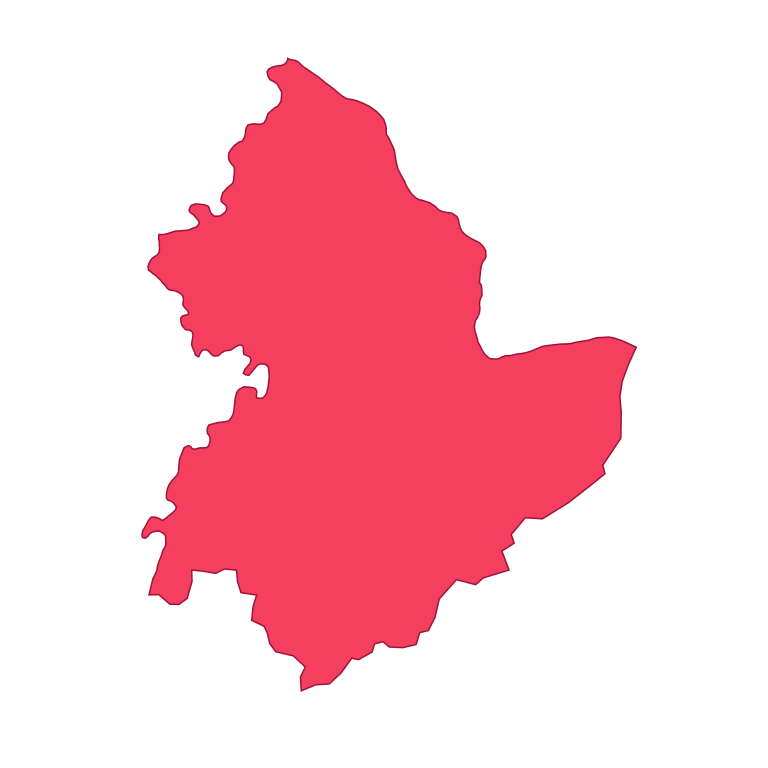 the district of Verkhnyadzvinsk, Vitebsk, Belarus, rotated 186°
{"feature_id": "67162791B82603429459213", "entity_name": "Verkhnyadzvinsk", "entity_type": "district", "adm_level": 2, "iso_a3": "BLR", "parent_name": "Belarus", "parent_adm1": "Vitebsk", "projection": "mercator", "projection_center": [28.26, 55.859], "detail": "fine", "context": "isolated", "style": "filled", "palette": "rose", "viewbox_px": 768, "rotation_deg": 186, "n_neighbors": 0, "source": "geoboundaries", "source_scale": "gbopen_adm2", "svg_char_len": 5757}
<svg xmlns="http://www.w3.org/2000/svg" viewBox="0 0 768 768"><g transform="rotate(186 384 384)"><path d="M513.7,697.8L513.8,695.7L515.4,692.6L518.0,690.6L520.9,689.7L524.6,688.9L528.5,687.3L531.8,684.9L532.9,682.1L531.4,677.7L529.4,674.8L524.8,673.1L521.5,671.1L518.9,667.4L516.3,663.6L516.0,659.5L516.0,654.6L517.6,650.9L518.9,648.7L520.6,648.1L523.9,644.8L527.7,640.6L528.3,637.5L529.2,634.0L530.9,630.9L534.5,629.2L537.3,629.2L539.9,629.2L543.4,628.5L546.5,627.4L547.8,624.2L548.1,620.6L548.1,617.4L548.7,614.3L550.5,610.6L553.5,609.5L556.2,607.0L558.1,605.1L560.8,601.1L562.3,597.8L562.5,594.1L561.4,590.2L558.8,587.1L555.7,584.2L555.1,580.7L554.9,577.4L554.9,573.5L554.9,570.6L555.5,567.8L557.8,565.3L560.8,562.2L562.2,560.2L564.3,557.4L564.7,555.2L565.4,551.0L565.0,548.6L562.0,546.4L559.9,545.1L558.9,543.0L558.9,540.3L560.1,538.2L561.9,536.2L563.7,534.7L565.5,533.7L568.2,533.4L570.9,533.3L574.1,536.1L575.1,537.8L576.2,540.7L577.3,542.3L579.4,543.1L582.2,543.5L584.8,543.5L588.3,543.5L590.7,543.3L594.2,541.6L595.7,538.6L596.0,536.0L594.2,534.0L591.6,532.7L588.7,530.1L586.3,527.8L584.6,525.6L585.0,523.3L586.7,520.8L590.9,518.7L594.6,516.6L599.8,515.6L607.5,514.2L610.9,512.8L615.2,510.8L619.0,509.6L622.7,509.2L623.5,509.2L623.3,504.8L622.4,502.2L622.0,498.9L621.3,493.7L621.7,490.8L623.1,488.4L625.7,486.6L628.1,484.2L629.2,482.2L630.5,479.0L631.0,476.1L630.1,472.6L627.9,471.5L625.3,469.5L622.2,468.0L619.3,465.6L616.7,463.6L614.5,461.2L611.7,459.0L609.5,456.4L606.9,455.0L603.6,455.0L601.0,454.7L596.6,453.1L594.2,451.5L592.9,449.6L592.3,447.4L592.3,445.1L592.5,442.9L592.1,441.2L589.4,438.3L587.3,436.7L586.0,435.0L585.9,433.1L587.6,432.0L589.4,431.5L591.4,430.7L592.6,429.1L593.0,428.0L592.8,426.2L592.1,423.5L591.2,421.6L590.1,420.3L588.3,418.3L586.4,417.2L585.2,417.2L582.8,417.2L580.3,415.9L579.1,413.3L579.0,411.0L579.3,408.2L579.4,405.1L579.4,402.9L578.6,401.1L577.2,398.4L575.5,395.9L574.7,393.3L572.4,391.9L571.0,391.9L570.3,394.5L569.2,396.9L568.1,398.7L565.0,399.4L562.0,398.5L559.5,396.0L557.1,394.3L555.0,394.1L551.8,394.8L549.0,397.8L546.0,400.1L543.4,400.9L540.4,401.5L537.9,403.3L536.2,405.0L533.9,406.5L531.8,407.7L529.5,407.8L527.8,405.8L527.3,403.5L527.3,401.5L526.5,399.0L524.7,398.3L522.4,397.7L520.2,396.9L518.7,394.1L519.5,390.3L521.3,387.7L523.9,384.0L525.0,379.8L522.4,378.7L519.3,378.5L517.1,381.6L514.7,385.3L512.7,388.2L511.2,389.9L509.2,391.0L506.4,391.2L504.0,391.2L500.7,388.6L499.8,384.4L498.9,379.2L498.9,375.4L498.9,370.0L499.6,363.6L500.5,360.7L502.9,357.5L505.9,356.8L509.2,356.8L509.7,359.6L509.7,363.4L511.4,366.0L514.9,366.7L518.2,366.7L522.8,366.7L527.7,363.4L529.6,360.1L530.5,354.2L530.5,345.4L530.5,342.3L530.9,338.1L532.5,334.2L534.7,331.1L537.7,330.0L540.8,329.2L545.2,328.3L550.0,326.5L553.8,325.0L554.9,322.4L555.1,319.5L554.4,316.4L552.6,314.6L551.3,312.1L551.0,309.1L551.8,304.7L552.9,302.8L554.4,302.1L557.1,301.6L559.1,301.4L561.9,300.8L563.7,300.0L566.1,299.2L568.5,300.0L569.6,301.4L571.0,302.2L572.8,302.0L576.2,299.6L578.0,293.3L579.2,289.1L579.5,286.1L579.4,279.6L579.2,274.8L580.3,271.9L583.1,268.0L585.1,265.3L587.3,261.2L588.4,257.4L588.8,251.5L588.4,247.6L586.7,245.8L583.8,245.4L581.0,243.8L577.7,240.1L578.1,237.3L580.8,233.9L582.9,231.8L585.3,229.5L587.3,227.2L589.5,225.5L591.1,225.5L593.7,226.9L598.1,227.7L601.7,227.2L604.1,223.4L605.4,220.1L606.7,216.8L608.1,214.1L608.9,211.0L608.9,208.6L608.3,206.2L606.1,205.7L605.1,205.7L602.7,208.1L601.5,210.3L600.3,211.6L598.4,212.8L595.0,213.8L592.1,214.1L588.0,212.6L585.5,210.3L584.6,205.3L584.3,200.3L586.6,195.1L587.3,190.7L589.1,184.5L590.2,180.0L590.4,174.8L592.3,169.0L593.5,166.1L595.7,149.7L586.0,151.0L573.9,142.6L564.8,143.4L557.3,150.2L554.3,167.6L555.8,178.9L544.5,178.9L531.6,178.1L523.3,183.4L511.2,183.4L509.0,172.1L504.4,161.5L488.6,160.8L490.9,149.4L490.9,135.1L478.0,130.6L474.2,124.5L470.5,114.0L463.7,106.4L445.6,104.1L432.7,94.3L436.5,83.8L434.2,70.2L420.6,77.7L407.1,80.0L396.5,92.1L387.4,107.9L380.6,107.2L367.8,116.2L366.3,124.5L358.0,127.6L351.2,123.0L337.6,123.8L324.8,128.3L322.5,140.4L314.2,143.4L308.9,157.0L306.6,175.9L291.5,197.0L271.9,194.0L265.1,201.5L240.2,212.1L249.3,230.2L237.9,239.3L241.7,247.6L229.6,265.7L212.3,266.5L188.1,285.3L165.5,307.2L154.9,317.8L157.9,326.1L150.4,340.4L142.8,354.8L145.1,380.5L148.1,396.3L147.4,411.4L142.8,429.5L137.0,446.9L147.2,450.5L152.7,452.2L160.1,453.8L165.2,454.2L169.4,453.5L174.9,452.7L177.6,452.1L180.7,450.8L185.1,448.9L191.9,447.1L198.7,445.2L202.6,443.7L207.4,442.8L212.9,442.1L224.7,439.5L230.6,437.9L240.9,432.2L245.3,430.3L250.9,428.5L254.3,427.9L261.2,425.5L266.3,424.7L270.1,422.9L273.2,420.8L276.6,420.4L280.6,420.2L282.8,421.1L287.0,424.2L289.5,427.3L292.7,432.4L294.7,435.2L295.9,438.5L297.4,442.2L299.2,446.4L300.0,449.7L300.0,453.9L299.7,456.4L298.6,458.7L297.5,461.1L296.5,464.9L296.5,469.3L297.2,472.3L297.5,475.5L297.0,479.2L295.8,482.2L296.6,488.1L297.6,492.4L299.7,495.2L299.8,498.2L299.8,501.0L299.8,503.5L299.8,507.3L299.7,510.7L299.2,513.4L298.5,515.7L296.6,519.0L295.9,521.5L296.8,527.1L299.5,531.0L303.2,534.1L307.2,535.8L312.4,537.7L315.7,539.3L318.6,540.8L322.5,544.1L324.6,547.4L326.3,552.0L327.1,555.1L329.0,558.2L334.2,560.9L337.3,561.2L341.2,561.2L344.8,561.8L348.3,563.0L351.4,565.9L357.7,569.1L365.2,570.7L368.3,570.9L371.8,572.4L376.6,576.1L379.3,579.4L382.4,583.2L383.9,586.3L386.3,590.0L388.8,593.4L392.6,599.2L394.7,604.8L397.1,613.3L398.0,617.1L399.8,620.6L402.8,625.6L405.0,629.1L407.9,632.9L408.6,639.1L410.0,643.2L412.1,647.4L415.6,650.7L420.2,654.5L427.7,658.6L433.3,660.7L440.4,662.8L445.8,663.6L451.0,663.8L455.8,666.1L460.7,669.2L465.9,672.8L473.6,677.3L481.2,682.4L489.2,686.7L497.8,691.3L502.9,695.3L506.0,696.6L508.5,696.6L511.8,696.9L513.7,697.8Z" fill="#f43f5e" stroke="#9f1239" stroke-width="1.5"/></g></svg>